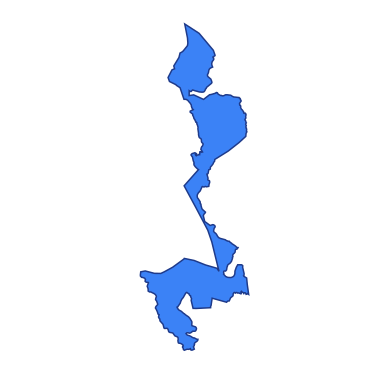 outline of San Mateo Yucutindoo, Oaxaca, Mexico, rotated 307°
{"feature_id": "50627088B64335355179206", "entity_name": "San Mateo Yucutindoo", "entity_type": "district", "adm_level": 2, "iso_a3": "MEX", "parent_name": "Mexico", "parent_adm1": "Oaxaca", "projection": "robinson", "projection_center": [-97.391, 16.792], "detail": "fine", "context": "isolated", "style": "filled", "palette": "blue", "viewbox_px": 384, "rotation_deg": 307, "n_neighbors": 0, "source": "geoboundaries", "source_scale": "gbopen_adm2", "svg_char_len": 6029}
<svg xmlns="http://www.w3.org/2000/svg" viewBox="0 0 384 384"><g transform="rotate(307 192 192)"><path d="M97.4,199.1L94.8,200.6L93.8,201.4L93.5,203.1L93.9,203.6L94.7,206.1L94.1,207.5L93.8,207.5L92.7,208.2L92.4,208.4L92.4,208.7L92.4,209.6L93.5,211.6L93.4,211.8L89.8,212.9L88.3,215.2L86.5,216.6L86.6,218.2L87.4,219.4L88.1,223.2L88.0,224.6L87.6,225.8L86.9,226.6L85.3,227.0L84.1,227.7L83.6,229.4L81.8,232.1L81.4,232.3L79.0,232.1L77.9,232.3L77.2,232.8L76.8,234.0L75.5,236.4L74.1,238.3L74.0,238.8L74.2,239.5L72.0,240.5L71.2,242.1L71.2,242.7L69.8,244.0L68.9,248.5L66.5,251.5L66.6,252.4L68.1,254.0L68.0,255.4L66.4,257.5L66.5,258.8L67.7,261.1L67.8,261.7L66.8,264.9L67.5,267.7L67.3,268.4L66.1,269.6L65.1,270.0L64.0,271.0L63.3,271.9L63.3,272.3L64.1,273.8L64.4,275.0L64.4,276.8L63.8,277.7L63.1,277.4L62.3,277.9L62.0,278.9L61.0,280.0L61.0,281.1L63.4,282.6L64.5,284.2L65.9,285.0L65.3,285.6L65.2,286.5L66.1,287.5L67.9,288.4L69.3,286.3L70.7,286.2L71.2,285.8L71.7,285.8L72.1,285.3L72.7,285.1L73.7,285.1L75.7,285.8L76.9,285.9L77.9,285.4L77.3,284.5L76.9,281.7L76.5,281.3L76.1,279.7L76.0,277.9L75.6,276.1L75.0,274.8L74.9,274.0L75.2,272.9L75.4,272.4L76.4,272.6L77.2,273.5L77.7,274.9L78.7,275.7L81.3,276.4L82.2,277.7L83.0,278.4L84.0,278.4L85.3,278.0L85.7,277.7L86.2,276.9L86.4,276.0L85.2,272.4L85.9,271.7L88.1,270.2L88.6,269.4L89.8,266.3L90.2,264.4L90.0,260.3L90.2,259.3L90.0,258.6L90.3,255.2L89.9,252.8L90.1,251.2L90.6,250.6L90.6,249.9L91.1,249.3L92.1,249.7L96.2,249.5L97.7,248.9L100.1,248.4L102.5,248.5L106.9,247.9L108.4,248.0L108.7,248.3L108.7,250.5L108.9,250.9L108.3,251.7L108.1,252.6L108.3,253.2L107.6,253.9L106.4,256.0L105.6,256.2L104.9,256.6L99.7,262.9L101.5,265.4L110.8,276.5L111.9,275.7L112.9,275.5L119.3,272.0L124.8,286.0L125.7,286.0L126.5,286.3L127.4,287.3L130.8,286.5L133.4,287.2L134.0,287.1L135.6,286.1L136.9,286.1L137.3,286.3L137.4,287.5L138.0,287.5L138.7,288.2L138.8,288.6L138.6,289.0L139.5,290.1L140.1,292.3L140.4,292.5L141.5,291.3L142.1,291.1L142.5,291.2L142.5,291.7L142.0,292.3L142.5,293.3L142.1,294.5L143.0,294.4L143.5,295.0L143.5,295.7L142.8,296.8L143.4,297.3L144.2,297.3L144.3,298.9L151.5,291.7L156.2,287.4L155.9,284.2L156.2,283.6L156.7,283.7L158.2,282.7L162.4,277.7L163.6,277.0L163.8,276.0L163.6,275.2L161.4,272.3L158.5,272.7L154.7,273.9L153.0,275.1L151.8,275.7L150.2,276.0L148.9,275.7L147.5,274.9L146.9,274.3L145.3,271.9L144.8,269.7L145.4,266.7L146.0,266.6L146.9,265.5L147.7,265.1L148.4,265.4L149.1,266.4L150.6,266.5L153.0,265.2L153.9,265.0L154.9,264.5L156.2,264.6L157.7,265.2L160.2,265.3L163.3,264.3L164.1,263.6L164.9,263.7L166.0,262.5L167.3,262.3L168.6,262.6L169.9,262.6L171.8,261.5L172.5,261.4L173.1,262.0L174.0,262.4L175.3,262.2L174.7,261.2L175.0,259.4L174.9,256.5L174.7,255.6L174.9,254.5L174.8,252.7L175.1,251.4L174.4,250.4L173.9,248.4L173.9,247.3L172.0,242.6L171.6,240.7L172.1,238.9L172.9,237.2L173.2,236.1L173.3,233.9L173.7,232.8L176.4,231.5L177.3,231.6L178.2,231.4L178.9,230.4L178.8,229.0L178.4,228.2L176.2,226.6L176.1,219.9L179.9,215.3L181.5,214.9L182.9,215.1L184.0,214.9L184.3,211.7L184.5,210.3L184.9,209.6L186.6,207.4L187.7,206.4L187.7,205.6L189.1,204.4L190.3,201.2L190.5,200.3L191.1,199.3L192.4,198.2L193.1,197.9L195.1,197.6L197.8,197.9L202.1,196.9L202.6,197.0L203.0,198.2L203.4,198.7L204.4,199.2L204.9,200.5L206.6,202.0L208.2,201.1L210.4,200.3L211.3,199.5L211.5,198.9L211.2,197.9L211.3,197.4L211.6,197.0L212.7,196.5L215.2,193.2L215.6,193.6L216.7,193.6L219.8,192.0L220.9,192.7L221.4,192.8L222.6,191.9L223.3,191.7L224.5,191.9L227.2,191.9L228.5,191.5L230.3,191.5L231.7,190.6L246.5,196.3L259.7,199.8L268.8,201.5L271.3,199.9L273.1,199.6L273.5,199.0L273.4,198.8L275.1,197.8L275.6,196.8L275.8,196.8L275.9,196.4L276.6,195.7L277.7,195.4L278.3,194.2L279.1,193.8L279.9,193.8L280.0,193.4L281.1,192.0L281.5,190.8L282.7,190.5L283.5,190.5L284.6,189.4L286.2,188.7L286.3,188.1L286.8,187.9L287.0,187.1L286.7,186.9L286.7,186.5L286.2,186.1L286.6,185.3L287.0,185.1L287.8,182.8L287.9,181.5L288.9,179.8L289.7,179.4L290.3,178.6L290.1,177.8L291.4,176.6L294.2,176.5L294.5,176.2L294.8,175.1L295.2,175.0L295.7,174.0L295.5,173.3L295.8,172.8L293.0,168.1L292.7,166.6L292.6,164.7L290.7,161.4L289.7,160.2L288.0,159.4L287.5,158.9L286.9,158.2L286.9,157.5L286.3,156.8L285.9,154.1L286.5,152.6L286.3,151.8L285.8,151.4L285.3,151.5L281.4,148.6L280.3,147.5L272.9,145.5L270.6,134.9L267.3,131.7L271.2,128.8L271.2,129.9L271.5,130.5L271.8,130.8L273.7,131.0L274.0,131.4L274.7,133.6L275.4,135.2L276.3,137.6L277.8,140.0L278.8,141.0L279.5,141.3L280.4,141.3L281.8,141.1L282.3,140.8L283.2,141.0L284.4,140.7L290.3,142.1L291.3,142.1L292.2,141.2L293.5,139.1L293.7,135.6L294.0,134.6L294.9,133.8L297.2,133.3L299.3,132.2L300.6,131.9L302.0,132.1L304.2,133.3L305.2,131.6L306.5,130.4L308.2,129.7L310.9,129.6L311.6,129.1L312.0,128.0L312.4,127.5L313.1,128.0L314.0,127.9L314.7,128.3L315.1,128.1L318.0,123.8L323.0,102.2L321.8,85.1L312.3,95.7L308.4,99.1L306.2,100.3L299.3,100.1L297.4,99.6L295.8,98.8L291.6,100.6L281.7,101.6L279.9,103.9L277.5,102.5L269.0,104.0L266.7,107.5L268.0,114.4L267.8,115.5L268.1,119.7L261.2,129.8L262.4,131.5L262.7,133.5L262.3,134.7L261.9,136.8L261.1,139.0L260.2,139.8L259.4,140.9L258.7,142.2L258.5,143.4L255.5,141.9L254.7,142.4L254.6,145.7L253.7,146.4L253.0,147.9L251.7,149.6L251.7,150.1L251.4,151.0L250.8,151.6L250.6,152.7L250.1,153.0L250.3,154.0L249.2,155.0L249.0,155.6L247.4,157.8L246.0,158.7L242.7,162.0L241.6,162.8L240.1,164.6L239.9,165.2L239.8,167.6L237.8,169.4L237.5,170.0L237.3,171.5L236.9,172.1L234.9,172.7L234.2,172.5L233.1,172.7L231.4,173.4L230.3,176.3L229.7,175.9L229.4,175.3L229.4,174.6L228.8,174.1L227.2,175.2L226.5,175.0L226.3,175.5L224.8,174.1L223.5,173.6L223.6,172.9L224.0,172.1L224.4,172.1L225.0,172.8L225.3,172.6L225.1,170.7L222.8,169.0L221.8,168.8L221.0,168.9L220.6,169.9L220.3,171.2L217.7,174.2L216.7,175.9L216.2,176.4L215.6,176.5L214.7,177.6L214.1,179.6L213.7,182.7L213.8,183.7L192.2,182.0L181.6,205.1L171.0,227.6L164.1,237.8L144.9,261.3L146.1,257.8L141.9,246.8L138.6,234.9L134.3,225.8L133.7,225.9L120.2,221.8L111.6,217.9L108.2,216.1L104.4,210.9L100.8,202.2L97.4,199.1Z" fill="#3b82f6" stroke="#1e3a8a" stroke-width="1.5"/></g></svg>